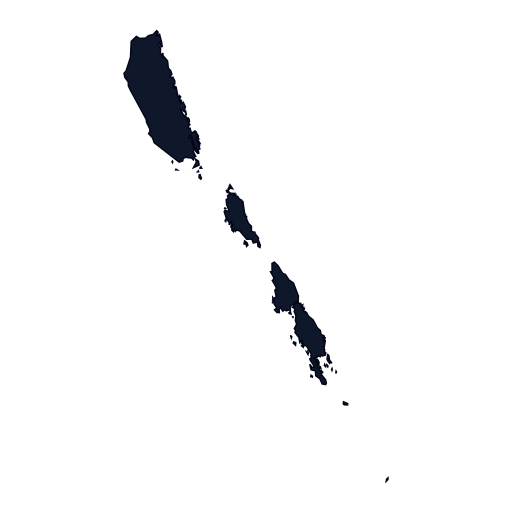 the district of Kepulauan Mentawai, Sumatera Barat, Indonesia
{"feature_id": "22746128B86355072671334", "entity_name": "Kepulauan Mentawai", "entity_type": "district", "adm_level": 2, "iso_a3": "IDN", "parent_name": "Indonesia", "parent_adm1": "Sumatera Barat", "projection": "equal_earth", "projection_center": [99.744, -2.461], "detail": "fine", "context": "isolated", "style": "filled", "palette": "ink", "viewbox_px": 512, "rotation_deg": 0, "n_neighbors": 0, "source": "geoboundaries", "source_scale": "gbopen_adm2", "svg_char_len": 6100}
<svg xmlns="http://www.w3.org/2000/svg" viewBox="0 0 512 512"><path d="M156.6,30.7L153.1,34.5L148.5,35.6L145.6,38.1L139.6,38.4L136.4,36.4L131.2,41.4L130.5,57.2L126.1,70.9L124.0,73.2L124.8,77.3L128.2,81.9L128.4,85.9L130.2,89.8L146.3,119.5L146.5,122.1L149.9,129.2L149.9,131.6L148.6,133.6L152.5,137.8L154.2,142.7L179.1,162.1L182.7,161.0L183.1,158.6L185.4,157.3L191.7,158.1L193.3,159.8L194.0,157.1L195.7,156.4L193.3,151.7L193.9,150.4L193.2,145.6L191.2,140.5L192.7,143.6L193.3,142.4L190.7,137.1L188.8,137.8L188.9,136.8L189.8,136.3L189.6,134.8L191.4,135.6L194.7,147.5L195.8,147.6L195.6,151.1L197.7,153.4L198.8,153.1L198.2,149.7L199.9,148.8L198.8,147.1L199.7,146.0L198.8,144.0L200.2,143.7L198.3,140.5L198.3,143.2L197.0,141.5L197.0,140.3L198.9,139.0L196.5,137.8L197.6,137.2L197.0,136.0L198.3,136.9L198.4,136.0L196.8,133.4L196.0,133.8L196.1,131.8L194.7,131.8L195.4,130.5L192.5,132.7L191.1,132.0L190.0,128.2L188.7,128.4L188.3,126.6L189.9,124.4L188.2,123.2L189.5,121.7L189.1,119.2L188.4,118.2L187.3,119.9L186.9,117.5L183.3,114.8L179.8,108.3L185.7,112.6L184.6,109.5L185.4,106.9L183.2,102.2L181.2,103.5L181.4,100.4L179.8,100.6L179.6,101.9L178.5,101.1L180.0,99.2L178.1,97.3L176.1,87.0L175.2,86.6L174.8,88.4L172.8,87.1L174.4,86.2L173.0,84.1L174.8,83.9L174.8,81.0L172.9,77.2L172.2,77.9L170.0,76.3L171.9,74.2L170.8,70.9L168.3,68.0L167.6,61.0L162.9,55.4L162.9,57.5L161.9,57.3L162.5,56.5L160.4,53.1L160.5,48.4L158.4,44.3L159.5,42.6L161.4,46.7L162.2,46.4L161.5,41.7L159.6,34.4L157.4,36.5L156.5,35.9L156.9,33.7L157.8,35.8L158.0,32.0L156.6,30.7ZM300.8,303.4L296.5,303.0L293.8,305.3L294.8,310.2L294.1,311.3L295.9,315.7L295.4,320.4L296.6,324.3L294.3,328.6L295.5,330.1L295.0,332.5L298.9,337.5L299.8,342.4L301.4,340.5L302.3,341.3L301.6,343.2L302.7,342.8L303.1,343.9L301.5,345.8L303.3,347.3L304.1,345.3L306.5,346.0L308.4,349.0L308.0,350.7L309.7,351.4L311.4,354.5L310.8,355.5L311.4,357.7L309.8,358.8L310.1,359.9L314.6,367.0L311.9,367.3L309.8,364.2L311.1,369.8L315.4,370.8L315.8,375.8L319.8,378.7L322.2,384.0L325.7,384.6L326.4,382.9L325.5,379.7L321.5,374.7L321.1,371.5L317.5,367.0L316.8,362.5L315.1,360.1L317.1,362.7L319.0,362.2L317.5,359.4L314.3,358.9L313.6,357.8L317.0,357.4L317.1,355.9L320.4,356.7L320.8,354.9L322.6,356.0L325.5,355.0L325.7,352.6L324.2,351.7L324.7,349.6L324.0,348.8L325.3,340.5L324.8,339.9L324.7,341.3L324.4,341.7L323.4,340.6L322.9,337.4L323.3,336.9L323.7,338.3L324.2,338.2L323.7,336.4L324.6,339.2L325.3,337.0L324.6,337.8L323.9,335.6L321.1,334.6L320.3,330.4L317.4,327.9L313.1,319.9L308.3,315.9L306.6,312.6L305.4,312.9L305.5,311.6L303.7,311.4L302.9,307.9L303.4,307.3L301.9,307.1L302.4,306.4L302.6,305.4L301.8,306.2L302.1,304.9L300.8,305.0L300.8,303.4ZM274.3,262.1L272.0,263.4L272.1,271.4L270.5,271.8L273.7,277.3L273.6,279.4L272.3,280.5L276.0,286.9L276.1,289.4L274.8,290.2L276.2,296.6L274.4,298.1L273.8,300.1L274.4,301.0L273.1,300.2L272.6,300.3L272.4,301.1L272.8,300.3L273.5,300.8L272.1,303.3L273.4,301.4L274.3,301.8L274.0,303.8L276.8,308.0L274.5,309.8L277.0,312.5L279.3,312.6L279.1,308.4L280.1,307.4L282.9,311.2L284.8,309.5L286.2,310.8L289.2,309.9L290.4,311.1L290.1,306.3L295.7,302.9L296.1,301.6L298.2,301.7L298.4,296.0L293.5,283.1L288.8,279.7L285.5,274.5L282.6,273.3L277.9,265.5L274.3,262.1ZM231.1,193.8L230.6,193.0L227.5,195.8L228.3,198.4L226.2,199.5L226.6,204.4L229.0,210.8L228.3,211.6L225.3,210.1L224.2,211.6L226.7,219.5L229.2,222.2L229.2,224.9L230.8,221.5L231.7,222.4L231.1,225.8L232.4,224.3L233.0,225.0L231.7,227.0L232.0,230.4L233.5,231.7L234.8,228.8L235.4,231.3L236.7,230.0L239.9,231.1L246.8,239.3L251.7,239.1L253.3,243.0L257.5,242.0L258.0,246.5L260.0,247.5L260.3,245.1L258.2,239.7L258.5,237.9L254.8,233.3L255.0,232.3L251.5,231.5L251.4,226.2L248.5,223.4L246.5,218.9L246.6,216.4L244.9,215.7L245.5,214.6L243.9,212.9L244.6,213.2L242.9,201.6L241.9,201.8L241.8,200.3L239.3,198.9L237.6,196.2L236.0,196.6L235.9,194.4L233.7,195.1L234.7,193.4L231.8,193.3L230.2,195.1L231.1,193.8ZM195.4,159.1L196.4,162.1L193.4,167.7L199.1,165.1L198.5,161.1L195.4,159.1ZM327.8,354.6L327.0,358.9L327.8,360.9L329.7,363.4L330.4,362.4L332.0,363.1L329.5,360.1L328.8,355.4L327.8,354.6ZM244.6,240.9L244.0,243.9L246.2,244.4L246.6,246.4L247.9,245.2L247.4,243.8L246.4,245.4L246.8,242.6L244.6,240.9ZM347.7,403.7L345.9,402.8L343.5,401.8L343.3,403.9L344.3,404.8L347.6,404.9L347.7,403.7ZM200.1,174.7L199.2,174.9L199.0,177.6L200.8,179.2L201.4,178.3L200.1,174.7ZM230.0,184.7L229.4,185.7L230.5,188.2L232.6,188.7L230.0,184.7ZM293.7,341.9L293.3,343.1L295.5,345.2L295.8,342.7L293.7,341.9ZM228.1,189.9L226.3,190.5L227.2,192.5L229.3,192.8L228.1,189.9ZM386.2,481.3L387.9,479.6L388.0,477.9L386.6,479.1L386.2,481.3ZM290.5,311.9L289.0,312.7L289.1,313.5L291.0,314.1L290.5,311.9ZM318.1,363.4L317.8,365.4L318.8,366.0L319.0,363.8L318.1,363.4ZM291.8,336.9L290.5,335.3L291.4,338.1L291.8,336.9ZM308.4,352.8L306.6,351.8L308.0,354.4L308.4,352.8ZM311.1,375.2L310.8,376.6L312.3,377.1L312.4,376.2L311.1,375.2ZM200.9,166.7L200.1,167.6L200.0,168.2L201.7,168.2L200.9,166.7ZM229.6,189.8L228.7,187.7L228.0,189.2L228.7,188.4L229.6,189.8ZM319.4,366.7L319.6,367.8L320.8,368.3L320.3,366.7L319.4,366.7ZM327.9,367.5L327.8,365.7L326.8,364.7L326.7,365.4L327.9,367.5ZM335.7,373.4L336.5,372.1L336.1,371.3L335.7,373.4ZM177.2,169.9L176.0,169.2L175.7,169.9L177.2,169.9ZM198.4,170.9L197.5,171.8L198.6,171.8L198.4,170.9ZM293.2,317.0L292.1,316.4L293.0,317.4L293.2,317.0ZM225.7,221.6L225.9,220.1L225.5,219.8L225.1,221.1L225.7,221.6ZM179.5,95.7L179.3,97.1L180.4,97.5L180.6,96.7L179.5,95.7ZM304.4,308.5L303.4,308.5L304.0,309.7L304.4,308.5ZM324.7,364.4L324.4,365.5L325.3,366.4L325.2,365.4L324.7,364.4ZM332.0,370.4L332.3,369.6L332.0,368.5L331.6,369.4L332.0,370.4ZM322.4,373.3L322.7,372.1L322.0,371.4L322.4,373.3ZM273.6,298.4L272.8,297.4L272.9,298.9L273.6,298.4ZM186.3,115.3L186.2,113.9L186.0,112.9L185.6,114.1L186.3,115.3ZM225.0,207.9L224.2,208.7L225.5,208.3L225.0,207.9ZM292.4,307.2L293.1,307.6L293.2,306.7L292.4,307.2ZM172.5,162.6L172.7,161.6L172.4,161.1L172.0,161.8L172.5,162.6ZM195.2,148.1L194.4,148.0L195.2,149.4L195.2,148.1ZM162.6,53.0L162.6,53.9L162.9,54.6L163.0,53.8L162.6,53.0ZM324.6,340.9L324.1,339.7L324.2,341.3L324.6,340.9Z" fill="#0f172a" stroke="#020617" stroke-width="1.5"/></svg>